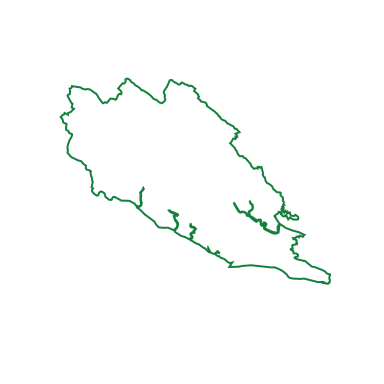 outline of Maungdaw, Rakhine, Myanmar, rotated 319°
{"feature_id": "60261553B63127450973926", "entity_name": "Maungdaw", "entity_type": "district", "adm_level": 2, "iso_a3": "MMR", "parent_name": "Myanmar", "parent_adm1": "Rakhine", "projection": "natural_earth1", "projection_center": [92.495, 20.966], "detail": "fine", "context": "isolated", "style": "outline", "palette": "green", "viewbox_px": 384, "rotation_deg": 319, "n_neighbors": 0, "source": "geoboundaries", "source_scale": "gbopen_adm2", "svg_char_len": 6079}
<svg xmlns="http://www.w3.org/2000/svg" viewBox="0 0 384 384"><g transform="rotate(319 192 192)"><path d="M248.5,93.1L242.3,96.1L237.4,97.4L235.8,98.5L235.1,101.2L233.6,102.5L232.5,104.6L231.4,105.4L227.5,105.3L226.0,102.5L225.8,99.8L224.0,96.2L224.2,93.1L223.5,88.9L221.8,83.3L220.6,82.0L220.8,80.2L220.4,77.4L219.3,74.4L219.2,71.3L218.3,69.1L218.7,67.3L218.1,64.9L217.0,63.4L215.5,63.4L214.6,65.0L212.0,65.7L210.8,64.4L204.2,65.4L204.6,69.4L203.7,71.2L202.5,71.7L201.6,70.3L199.8,70.3L195.9,72.2L194.8,72.2L194.0,70.3L191.7,68.0L186.2,68.9L185.2,67.1L183.2,66.8L182.9,65.8L183.4,59.6L184.2,55.6L182.3,47.8L180.8,45.8L178.9,44.8L177.0,42.2L176.6,40.1L170.9,33.4L170.3,34.1L169.0,34.3L167.5,33.7L166.4,35.7L164.0,38.0L162.2,37.3L161.2,37.7L159.5,44.9L159.6,47.1L156.6,49.3L157.5,51.8L152.7,52.0L150.2,51.1L149.6,51.2L149.0,52.2L147.7,48.8L146.5,49.5L144.9,49.0L142.0,49.4L142.0,51.8L141.4,53.6L140.6,54.6L140.7,55.8L142.0,58.3L138.3,61.7L137.8,62.7L138.7,64.8L138.0,67.1L139.4,69.3L139.2,70.0L137.4,71.3L133.5,72.6L129.1,75.1L127.1,76.8L125.7,79.1L123.8,80.7L123.8,86.5L126.7,93.3L128.5,95.9L128.5,99.5L129.2,102.8L127.4,104.4L127.1,105.7L129.3,109.3L129.2,110.0L128.7,110.0L126.4,113.6L125.9,115.4L124.2,117.6L124.0,119.0L119.2,122.7L119.7,124.4L117.9,124.9L117.0,125.9L116.9,129.0L117.9,132.4L118.9,132.9L122.1,131.5L124.0,132.1L125.1,135.6L123.5,139.0L124.4,143.5L126.1,145.1L128.8,144.0L130.3,144.8L133.1,152.2L138.9,157.5L141.1,163.4L140.8,165.4L142.3,167.9L143.6,168.4L145.3,168.1L148.2,163.7L151.5,160.2L152.5,158.4L155.5,158.1L157.9,157.0L157.7,157.9L157.0,158.3L152.9,159.0L151.7,161.0L148.4,164.1L146.9,167.3L144.9,168.9L142.5,168.7L141.1,167.1L140.6,167.0L140.3,167.7L141.2,171.7L141.7,178.2L144.2,189.5L143.6,192.9L143.6,196.6L146.4,199.8L150.5,203.2L153.2,208.9L157.4,208.7L159.5,207.1L160.3,205.7L160.7,202.1L162.4,198.1L163.7,198.2L165.5,199.6L162.5,193.1L162.4,190.8L163.1,191.1L163.1,192.3L166.6,199.1L166.6,200.0L166.0,200.3L165.1,200.3L163.7,199.0L162.3,199.3L161.5,201.6L161.1,206.1L160.2,207.5L157.6,209.2L154.0,209.8L153.2,210.2L153.0,211.1L155.1,218.2L157.1,221.2L158.7,225.4L160.5,226.0L162.4,225.8L162.9,223.0L163.6,222.4L165.2,222.4L167.0,223.8L167.5,222.3L170.4,222.0L170.3,220.7L168.2,218.0L168.1,217.3L168.3,216.5L170.5,214.8L168.9,217.3L170.7,220.2L170.8,222.4L168.8,222.7L167.0,224.4L164.8,222.8L164.1,222.8L163.5,223.3L163.3,225.7L162.5,226.6L161.8,227.1L159.3,226.9L161.4,233.5L162.8,236.0L164.1,241.8L164.7,242.7L165.3,248.6L165.6,249.0L166.1,248.4L166.9,246.9L167.3,244.8L167.6,244.6L166.4,249.6L167.2,252.0L168.1,253.2L171.0,253.6L172.2,253.3L172.7,253.8L172.6,256.7L171.9,254.4L169.8,253.9L168.7,254.2L169.4,257.4L170.4,258.2L170.3,259.9L172.5,264.0L173.1,268.5L174.0,270.6L176.2,271.6L171.0,273.1L177.8,278.7L181.6,280.9L188.7,286.2L202.6,301.2L205.0,303.1L207.4,307.9L208.6,311.5L209.4,316.4L209.0,319.4L209.3,320.5L211.3,323.5L216.9,328.8L219.8,330.9L228.0,342.7L231.8,345.6L232.9,347.8L232.6,347.9L230.7,345.4L230.5,345.7L234.4,350.5L235.4,350.6L235.8,350.1L236.5,350.4L237.6,349.7L238.3,349.0L238.6,347.7L240.7,345.6L241.3,345.6L242.1,344.8L240.3,341.9L240.3,339.2L238.9,335.9L235.3,329.0L233.5,327.0L232.0,318.1L230.9,317.3L230.5,316.2L227.4,312.1L226.3,309.7L226.4,309.1L227.0,309.5L227.4,308.9L228.1,309.1L229.3,310.2L230.4,309.6L230.8,308.6L230.3,306.8L228.4,304.8L229.8,302.8L229.1,301.8L228.8,300.1L229.4,299.8L231.0,300.7L232.4,298.3L233.0,298.0L235.5,299.4L236.5,299.4L236.9,300.2L237.9,299.6L237.9,298.2L239.1,297.4L239.3,296.4L237.6,294.2L238.0,293.1L239.4,294.4L241.9,294.4L243.0,296.4L244.2,295.5L244.9,295.8L246.0,298.2L246.7,298.6L247.5,298.0L248.7,298.1L246.3,292.5L242.2,286.4L239.2,280.6L237.6,274.5L235.6,274.9L230.8,279.3L229.5,279.2L227.3,277.9L225.7,275.8L222.4,267.9L222.4,266.7L223.6,265.5L226.3,264.9L226.7,263.7L223.4,264.1L222.4,263.1L222.6,261.5L224.9,258.3L223.7,257.1L221.7,257.0L220.9,256.5L220.2,254.3L219.3,247.8L217.9,246.0L218.8,242.9L217.6,240.9L214.8,239.1L214.3,237.3L215.8,229.3L216.7,227.2L214.8,238.7L216.8,239.5L218.3,241.0L219.3,244.0L218.5,246.1L219.6,247.1L220.9,245.8L221.5,244.4L222.3,244.0L225.8,244.5L227.3,243.8L228.9,241.3L228.5,238.8L229.9,236.3L228.9,239.1L229.3,241.4L228.0,243.6L226.0,244.9L222.7,244.6L221.8,245.0L220.0,248.0L221.0,250.1L222.4,255.9L224.5,256.7L225.6,257.8L225.4,259.1L223.9,260.6L222.9,262.8L223.3,263.4L226.2,262.1L227.2,263.5L227.2,264.7L226.7,265.4L222.9,266.9L226.3,274.3L229.2,278.5L230.7,278.1L233.7,274.5L237.2,273.1L238.3,265.1L238.8,265.3L239.0,264.1L243.3,264.6L244.3,263.8L245.9,265.7L245.7,266.6L244.8,266.6L244.5,267.2L244.9,267.9L244.7,269.7L245.1,270.6L246.3,271.4L246.8,270.9L248.0,271.1L246.6,275.8L249.2,275.5L250.3,279.2L253.4,281.9L254.0,282.2L255.4,281.2L255.8,280.2L255.1,277.1L253.4,277.2L251.3,274.9L251.5,272.9L252.5,271.8L251.6,270.9L250.8,271.2L249.7,270.5L251.0,269.1L249.9,268.6L250.0,267.8L248.4,268.1L249.2,267.0L247.8,266.9L247.5,266.4L248.0,263.7L248.5,263.6L248.8,264.6L249.5,264.9L250.8,264.1L249.8,263.2L250.1,262.4L251.2,262.7L251.7,262.0L252.9,262.4L252.7,261.3L254.0,260.7L254.8,259.5L254.8,258.2L256.9,256.1L256.6,252.6L258.4,250.8L258.2,250.1L256.6,248.7L255.6,246.8L255.8,245.4L255.2,243.6L256.2,239.9L255.4,236.2L254.5,234.4L255.1,231.2L256.6,229.0L256.1,228.1L256.7,225.3L257.7,224.9L260.8,218.8L259.4,218.7L259.4,217.2L258.0,216.2L257.0,217.4L255.9,216.0L254.0,215.2L253.7,211.2L254.6,209.8L254.6,201.8L253.5,200.0L253.9,198.2L251.6,196.4L251.4,195.2L251.7,192.6L252.6,190.7L252.6,188.5L253.2,187.1L252.8,180.1L255.2,179.9L257.8,178.8L258.4,179.3L259.0,179.2L259.5,180.5L260.8,180.1L261.2,178.9L262.4,180.0L263.0,178.9L263.0,176.6L267.1,178.0L267.0,173.5L265.8,172.5L266.3,169.7L263.6,162.9L263.8,160.0L262.4,157.8L261.9,155.3L262.5,153.6L261.9,152.3L262.3,149.9L261.9,146.5L259.7,136.8L260.5,135.9L261.0,133.7L258.0,129.2L258.5,128.3L258.0,125.0L259.9,124.5L259.9,123.3L260.7,122.4L259.8,117.1L262.4,116.2L261.8,114.7L261.8,113.0L260.9,110.9L259.3,110.2L258.8,108.2L257.6,106.5L256.3,102.8L254.9,102.6L254.0,103.0L252.5,102.3L250.3,95.8L250.4,94.4L248.5,93.1Z" fill="none" stroke="#15803d" stroke-width="2"/></g></svg>